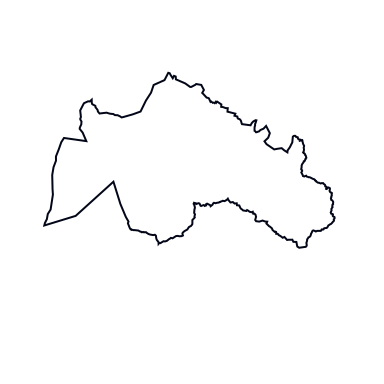 outline of Santa María Tlahuitoltepec, Oaxaca, Mexico, rotated 208°
{"feature_id": "50627088B87126124877298", "entity_name": "Santa María Tlahuitoltepec", "entity_type": "district", "adm_level": 2, "iso_a3": "MEX", "parent_name": "Mexico", "parent_adm1": "Oaxaca", "projection": "natural_earth1", "projection_center": [-96.099, 17.126], "detail": "fine", "context": "isolated", "style": "outline", "palette": "ink", "viewbox_px": 384, "rotation_deg": 208, "n_neighbors": 0, "source": "geoboundaries", "source_scale": "gbopen_adm2", "svg_char_len": 5992}
<svg xmlns="http://www.w3.org/2000/svg" viewBox="0 0 384 384"><g transform="rotate(208 192 192)"><path d="M118.7,289.4L119.0,289.6L120.6,288.1L120.8,289.1L121.7,288.9L122.4,288.5L123.7,289.0L124.2,289.9L125.3,289.8L126.0,289.5L127.1,290.1L128.1,289.6L128.6,289.1L128.9,288.1L126.7,282.8L126.7,280.2L126.6,277.6L127.1,273.6L126.4,271.8L130.1,272.1L133.4,272.8L137.2,270.0L139.4,268.2L148.6,269.2L151.8,270.8L150.2,275.7L150.9,280.5L157.6,285.1L158.6,281.4L159.8,280.0L160.7,278.8L161.3,276.9L162.0,276.3L162.9,275.2L163.6,274.8L164.5,275.3L165.5,275.4L166.8,277.8L167.4,279.3L167.4,280.1L168.2,281.6L168.3,282.9L168.8,285.5L169.5,285.3L170.3,284.2L171.1,282.8L171.6,280.8L171.6,278.4L179.7,275.4L180.3,275.8L181.0,276.6L182.5,278.1L184.2,278.7L185.4,278.4L186.2,278.5L187.4,279.9L190.3,279.3L190.5,281.5L198.4,279.6L199.8,282.8L201.6,281.9L204.6,281.5L206.2,280.9L207.2,283.1L212.2,283.6L212.6,282.9L212.6,282.4L213.3,282.8L213.6,281.1L214.3,281.2L215.0,281.0L215.5,280.5L216.0,280.7L217.1,280.7L217.7,280.9L218.0,280.3L221.0,282.6L222.1,282.6L223.4,282.2L228.2,283.9L229.2,284.2L229.5,284.3L229.4,287.7L234.1,290.9L239.0,289.3L239.4,288.2L242.0,284.4L243.0,283.9L249.0,284.7L259.1,283.9L260.6,286.3L262.4,286.1L262.4,283.4L266.2,285.5L267.5,286.4L268.9,286.1L268.8,277.9L276.1,268.5L274.8,260.5L275.6,251.1L275.2,238.9L280.7,232.8L288.2,225.6L289.2,224.8L291.0,225.0L293.7,224.9L296.1,223.7L298.2,223.9L299.0,223.5L301.3,222.6L304.7,221.9L310.5,217.9L312.9,218.9L313.6,219.9L315.5,220.9L316.8,221.4L317.8,222.7L321.3,222.7L322.5,223.9L323.9,226.4L324.8,223.9L326.3,223.3L329.0,219.8L329.1,218.8L329.0,211.5L325.3,206.1L325.0,204.0L324.4,203.4L322.7,202.4L321.5,199.7L321.3,196.3L320.8,195.0L316.4,193.1L309.2,187.3L330.4,179.6L330.8,174.6L329.7,167.4L328.8,159.5L326.8,155.8L325.9,148.9L323.4,141.4L316.5,129.1L313.6,124.4L308.6,110.1L309.0,104.9L307.4,99.9L307.3,95.5L306.7,93.1L283.5,116.3L266.2,164.2L249.6,147.8L238.7,138.9L234.2,136.1L233.9,134.3L230.2,131.1L228.7,130.2L228.1,130.6L227.5,130.2L227.1,130.4L226.7,130.7L225.4,131.0L225.2,131.2L224.1,131.7L223.0,132.1L221.3,132.8L219.4,132.7L218.6,133.0L217.7,132.8L217.2,133.3L216.2,133.5L215.9,134.0L214.8,134.2L214.0,134.8L213.6,134.8L213.4,134.9L213.1,134.7L210.7,134.5L208.9,134.8L206.1,135.7L204.7,136.8L203.4,136.5L201.7,134.2L200.6,133.2L198.1,132.1L197.2,130.6L197.0,131.6L195.9,132.0L194.0,135.2L193.1,135.5L192.6,135.7L191.2,137.1L191.0,137.7L190.7,138.3L190.2,139.5L189.5,140.6L189.1,141.6L187.4,142.0L185.6,145.3L185.2,145.8L183.8,146.6L182.3,147.0L180.4,148.2L179.6,149.3L180.9,150.7L181.1,151.7L180.3,153.9L178.5,156.7L178.3,159.5L176.9,161.7L176.6,163.6L176.9,164.4L178.5,167.4L177.6,170.8L178.3,171.5L178.9,173.7L180.0,174.3L180.7,175.3L180.9,176.2L181.5,177.2L182.0,179.4L182.6,180.2L184.2,181.9L185.0,182.3L185.1,183.4L184.8,183.4L183.3,183.9L182.6,183.4L181.1,185.1L180.5,185.3L179.8,185.3L178.1,183.9L177.4,183.9L176.5,185.0L176.2,185.2L175.8,185.8L174.9,186.1L174.2,185.7L173.2,186.8L173.8,187.8L173.2,188.8L169.6,188.9L168.9,188.2L168.0,190.1L167.9,192.0L167.5,192.8L166.0,193.1L165.0,194.1L163.3,195.3L163.0,196.1L162.4,196.4L162.3,196.8L161.1,198.1L160.7,198.7L160.3,198.8L159.0,199.2L158.3,200.2L157.4,201.9L157.2,202.9L156.0,202.0L153.1,200.8L151.2,202.3L149.0,201.8L147.2,203.0L146.1,201.4L143.9,202.3L142.3,201.0L141.4,200.4L140.7,200.2L139.7,200.1L138.2,199.7L135.1,200.8L134.9,201.9L133.6,201.9L131.8,201.6L129.9,202.1L129.1,203.1L127.8,201.6L127.2,201.8L126.8,202.2L125.3,201.8L124.4,200.8L123.8,200.2L123.1,197.0L121.7,196.3L118.6,197.5L116.3,199.9L113.5,200.3L111.7,201.1L111.5,199.1L107.9,198.0L106.8,198.0L104.3,197.4L103.1,196.3L100.2,195.6L99.7,196.2L99.0,196.2L98.0,194.6L96.8,195.3L95.8,195.1L95.2,194.6L93.4,194.7L90.4,194.2L89.3,195.7L85.5,194.3L84.3,195.2L81.0,197.0L79.1,195.6L76.4,196.9L74.3,194.3L73.4,193.3L71.2,193.1L65.8,197.0L65.5,198.4L66.3,199.8L66.7,200.1L67.1,200.8L67.5,202.9L68.1,204.3L68.0,204.8L67.8,206.1L67.9,206.6L67.2,207.4L67.0,207.9L66.8,208.7L67.0,210.1L67.3,211.1L67.2,212.5L67.4,213.7L67.3,214.5L66.7,215.1L65.6,215.2L65.1,215.4L64.6,215.2L64.3,215.2L63.9,215.5L63.2,216.5L60.0,218.2L59.9,219.8L59.8,220.0L58.8,220.2L58.4,220.7L58.4,221.5L58.2,221.7L58.2,222.0L57.7,222.5L56.3,223.4L56.1,223.7L55.9,224.4L55.9,226.5L55.1,227.8L54.9,228.3L54.2,229.2L53.7,231.0L53.7,231.7L53.4,232.2L53.2,233.1L53.3,233.6L53.9,234.2L54.0,234.6L53.7,235.5L53.9,235.9L54.3,236.7L54.6,236.8L55.8,236.7L56.4,236.9L56.7,237.2L56.9,237.8L56.9,238.2L57.2,238.5L57.7,238.5L58.9,238.2L59.9,239.0L60.2,241.5L60.9,242.3L61.0,242.7L60.8,244.7L61.4,245.1L61.6,245.6L61.8,246.3L62.0,246.7L62.0,247.0L61.7,247.3L61.7,247.5L62.0,247.8L62.5,249.2L62.8,249.7L64.2,250.4L64.7,250.5L65.3,250.4L66.4,251.6L66.5,251.9L66.4,252.4L66.6,252.8L66.6,253.1L67.0,253.6L67.0,254.0L66.9,254.3L67.0,254.8L67.7,255.7L67.9,256.2L67.9,256.7L68.0,256.8L68.7,256.9L69.4,256.7L70.0,256.8L71.1,257.6L71.3,258.6L71.7,259.5L72.0,260.0L72.4,259.9L73.0,260.1L73.8,260.0L74.2,259.5L74.3,258.5L74.4,258.0L74.7,257.7L75.1,257.7L75.2,258.6L75.8,259.7L76.3,259.7L76.9,259.5L77.1,259.6L77.2,259.9L77.6,260.5L78.1,260.8L79.6,261.0L80.3,261.4L80.5,261.4L81.1,260.9L81.7,260.7L82.5,259.9L84.3,259.8L85.0,259.4L85.7,259.4L87.4,259.6L87.6,260.0L88.4,259.9L88.7,260.1L89.0,260.1L89.1,260.4L89.8,260.6L90.5,260.6L91.1,260.4L92.2,260.3L92.8,260.4L94.8,260.3L95.5,260.1L95.9,259.8L97.2,259.7L97.9,259.5L98.7,259.7L98.9,259.9L99.6,259.2L100.2,258.4L101.5,258.2L102.4,259.1L104.6,260.5L104.6,262.3L105.0,262.9L105.7,263.0L106.3,263.4L106.4,264.0L106.6,264.3L106.7,265.0L107.6,266.8L107.8,268.1L107.7,269.2L107.4,271.3L107.7,271.6L107.5,272.0L107.1,272.3L107.2,273.7L107.4,274.2L107.1,274.8L107.3,275.1L107.1,275.9L108.5,277.4L108.9,277.6L109.2,277.6L109.5,277.8L109.7,278.3L110.4,278.7L111.0,278.9L111.3,278.7L111.6,278.7L112.1,279.1L112.5,279.2L112.4,280.1L112.8,281.5L113.2,282.3L114.2,283.6L114.5,285.0L114.7,285.4L116.3,286.5L117.1,287.3L117.7,288.1L118.1,288.3L118.4,288.6L118.7,289.4Z" fill="none" stroke="#020617" stroke-width="2"/></g></svg>